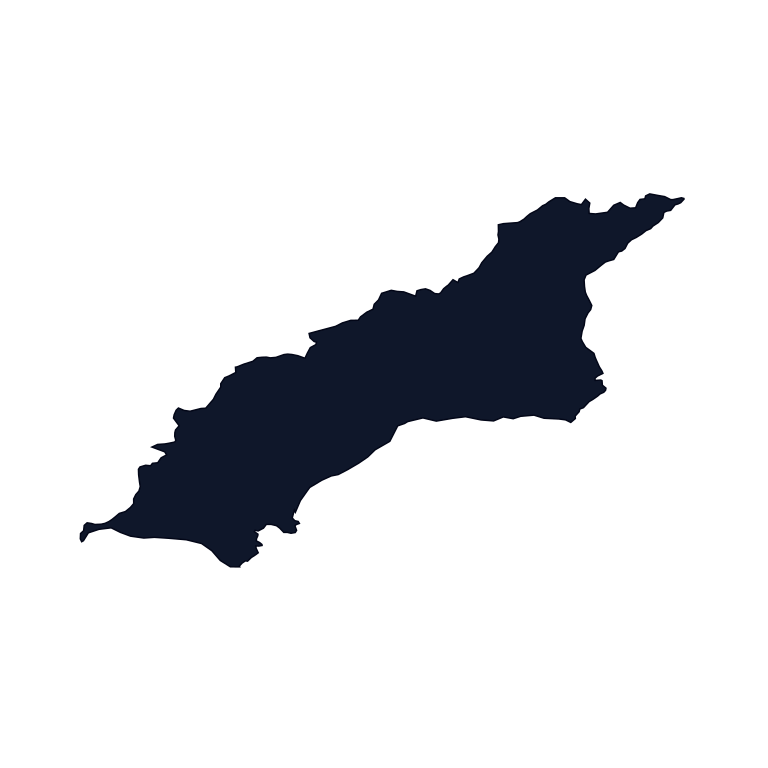 Kalavasos, Larnaca, Cyprus (Equal Earth projection), rotated 263°
{"feature_id": "46923920B45773210999815", "entity_name": "Kalavasos", "entity_type": "district", "adm_level": 2, "iso_a3": "CYP", "parent_name": "Cyprus", "parent_adm1": "Larnaca", "projection": "equal_earth", "projection_center": [33.286, 34.783], "detail": "fine", "context": "isolated", "style": "filled", "palette": "ink", "viewbox_px": 768, "rotation_deg": 263, "n_neighbors": 0, "source": "geoboundaries", "source_scale": "gbopen_adm2", "svg_char_len": 3923}
<svg xmlns="http://www.w3.org/2000/svg" viewBox="0 0 768 768"><g transform="rotate(263 384 384)"><path d="M267.5,280.4L278.5,286.8L287.2,294.7L290.4,297.7L296.0,310.3L296.8,312.8L299.2,320.5L299.7,327.5L303.5,337.6L308.5,349.2L313.6,359.0L319.8,367.2L326.4,382.8L340.8,392.5L342.3,399.6L343.8,402.9L345.6,418.5L340.8,431.4L341.6,447.8L341.6,460.9L336.5,476.0L334.0,488.3L336.8,498.4L333.8,508.0L335.3,515.7L334.8,529.1L330.5,538.7L328.0,553.2L326.3,559.8L323.1,564.7L326.4,569.7L328.8,569.8L332.7,574.3L335.3,575.3L336.2,579.1L341.5,585.4L343.3,589.5L344.6,592.0L346.0,594.6L347.8,597.2L349.0,601.1L350.7,603.1L352.8,603.8L354.2,602.5L356.2,600.6L360.7,600.8L361.5,599.7L361.7,596.0L361.8,594.0L364.0,594.1L365.9,596.9L367.9,602.6L370.3,601.9L374.8,599.8L382.3,597.5L384.8,596.8L388.8,596.1L392.9,591.8L395.8,588.7L401.9,586.0L405.3,585.0L412.3,587.1L417.8,589.8L424.2,591.5L429.6,595.1L432.7,598.2L436.6,599.8L442.0,597.9L447.2,595.9L450.7,595.0L456.4,594.9L463.0,595.3L467.5,597.8L471.0,607.2L475.3,613.9L478.1,618.6L478.9,622.5L479.6,627.2L486.6,632.8L487.0,636.2L489.1,639.7L494.0,643.0L497.0,647.2L498.7,652.2L501.5,658.2L504.3,662.7L505.7,667.6L508.0,670.2L510.8,675.9L514.9,680.9L520.2,682.7L521.2,685.7L521.4,689.7L526.4,694.7L526.9,697.9L527.8,700.6L530.9,704.3L531.6,704.3L532.6,701.9L532.2,698.0L531.8,693.3L532.1,691.0L535.8,685.4L537.7,679.1L540.3,670.9L538.8,666.6L536.0,665.5L536.0,660.6L533.1,657.9L528.2,655.2L528.5,649.6L532.4,643.7L535.4,640.6L533.4,633.8L527.2,626.8L527.0,614.7L528.3,608.4L533.2,608.7L538.5,610.3L542.9,606.5L538.0,601.8L539.3,597.8L542.4,590.7L546.8,586.0L547.9,576.8L544.7,569.8L542.6,566.4L541.6,563.1L538.0,557.5L535.2,549.9L532.8,546.1L530.6,543.1L528.4,538.4L527.9,536.2L528.3,528.3L528.6,522.1L528.1,516.9L521.3,516.2L518.1,515.3L513.8,515.7L510.3,514.9L506.7,511.2L504.1,509.1L501.7,507.1L498.3,502.1L495.4,499.0L492.4,495.8L487.9,492.6L486.7,491.2L483.0,486.7L481.3,479.6L480.6,476.1L479.1,471.5L475.7,469.7L479.1,465.2L474.3,459.8L473.4,458.1L471.3,454.8L467.5,451.3L466.7,449.2L467.6,445.3L471.3,441.1L473.4,436.8L473.2,432.1L472.5,428.1L467.3,426.1L473.0,414.9L474.3,408.3L476.1,402.6L474.3,392.7L468.1,388.8L464.3,384.0L459.6,382.2L457.4,375.7L453.5,368.9L450.4,366.2L451.2,358.7L449.7,350.1L447.1,342.9L444.7,325.5L443.3,315.8L438.9,316.2L434.7,319.8L433.8,322.1L431.4,321.2L429.1,315.3L424.0,311.7L419.2,308.7L422.6,301.9L424.5,296.2L425.4,292.0L425.4,288.3L423.6,280.0L423.8,274.3L425.0,270.6L425.4,266.1L425.5,261.2L422.5,256.6L420.8,247.4L418.9,240.2L418.8,238.6L413.5,238.3L410.9,231.2L410.1,228.3L409.7,226.7L404.2,222.0L400.8,221.6L394.4,216.0L389.6,212.8L381.7,204.1L382.0,199.4L380.6,188.2L382.1,182.4L385.2,177.0L383.3,174.5L379.1,172.0L375.8,170.9L367.5,175.6L363.8,171.5L361.2,170.5L357.6,169.9L353.4,170.5L351.9,169.2L351.4,163.3L351.2,159.3L351.6,151.9L349.7,146.0L347.3,150.6L343.4,158.1L340.1,159.6L337.9,153.8L333.4,149.8L333.5,144.5L331.3,142.4L332.4,137.5L331.4,131.7L329.3,129.9L323.8,129.4L316.3,129.4L311.9,129.6L307.6,127.7L304.5,124.2L300.4,121.5L295.8,121.0L292.3,117.2L288.9,111.8L287.8,105.5L284.7,100.8L282.6,97.4L281.0,94.2L279.7,90.2L279.3,86.2L279.8,79.9L281.2,76.7L282.4,72.4L280.2,69.2L275.0,68.0L272.6,64.6L267.3,63.7L264.3,64.7L265.1,66.6L272.3,72.4L274.5,83.4L274.5,95.7L268.9,104.2L263.9,113.8L260.4,126.8L259.8,137.4L257.3,150.7L253.5,168.8L247.9,183.5L239.5,192.8L228.8,200.0L221.3,209.2L220.1,218.5L221.0,218.3L223.6,221.4L225.4,224.9L224.8,227.0L227.9,231.1L230.2,235.8L231.8,238.6L236.7,237.0L238.9,237.2L238.4,240.1L238.6,243.3L239.6,243.3L241.8,241.2L243.9,238.1L246.2,238.7L248.7,240.2L250.3,240.6L253.3,237.3L254.5,238.2L253.5,241.2L255.6,246.8L259.0,250.1L258.4,254.9L256.5,260.0L253.7,262.9L248.9,266.5L248.5,270.0L247.2,273.5L247.4,277.8L249.4,279.4L254.1,278.3L255.2,279.8L255.9,283.0L258.0,282.1L259.2,278.8L262.2,276.6L266.0,278.1L269.8,279.6L267.5,280.4Z" fill="#0f172a" stroke="#020617" stroke-width="1.5"/></g></svg>